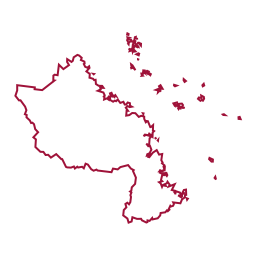 outline of Mackay, Queensland, Australia
{"feature_id": "25037944B90195923531970", "entity_name": "Mackay", "entity_type": "district", "adm_level": 2, "iso_a3": "AUS", "parent_name": "Australia", "parent_adm1": "Queensland", "projection": "mercator", "projection_center": [149.075, -21.082], "detail": "fine", "context": "isolated", "style": "outline", "palette": "rose", "viewbox_px": 256, "rotation_deg": 0, "n_neighbors": 0, "source": "geoboundaries", "source_scale": "gbopen_adm2", "svg_char_len": 5828}
<svg xmlns="http://www.w3.org/2000/svg" viewBox="0 0 256 256"><path d="M180.4,203.3L182.0,199.4L184.6,197.5L185.1,195.1L186.2,194.9L186.0,189.6L183.9,190.0L182.6,192.5L183.9,192.9L184.5,193.4L182.5,192.9L183.5,193.6L182.0,193.8L182.0,196.4L180.7,198.0L181.6,196.0L179.3,196.8L179.9,196.2L178.0,195.5L180.9,195.9L180.0,192.6L177.0,191.6L175.3,192.1L175.3,193.3L176.3,193.3L175.3,193.5L174.3,192.1L175.1,190.8L171.8,190.0L174.7,184.2L168.8,186.5L169.7,184.7L167.5,181.7L166.8,183.3L163.6,184.7L165.3,185.2L165.8,185.9L162.6,185.3L162.0,186.8L160.7,183.4L159.1,182.2L162.2,181.2L161.0,180.1L162.2,175.1L164.4,175.1L165.1,174.0L166.8,176.0L167.3,175.1L166.4,172.9L161.8,173.6L160.1,172.8L161.0,171.7L159.4,171.5L160.2,170.7L159.3,169.9L162.7,171.4L163.2,170.3L164.6,170.4L164.8,167.3L163.9,167.9L163.5,166.6L164.3,165.2L162.0,163.3L162.6,162.5L161.3,160.2L162.2,154.0L159.1,154.6L156.7,150.1L152.8,152.7L149.3,157.2L148.3,156.9L149.8,154.6L146.9,155.6L147.3,154.2L149.5,153.3L151.4,149.7L149.9,145.8L148.3,146.2L146.3,143.7L149.1,145.5L149.6,138.3L151.5,136.5L146.1,134.9L143.6,136.1L144.9,134.6L149.5,135.4L150.1,134.7L148.7,134.7L149.2,133.7L152.5,136.8L152.7,132.4L154.1,131.1L152.9,130.4L153.1,125.1L150.9,127.1L150.3,127.1L147.9,121.2L146.4,121.0L146.3,121.9L145.8,122.3L144.2,118.8L144.2,116.6L141.2,115.8L138.8,116.9L135.4,113.2L132.2,113.0L129.3,115.1L126.2,115.6L126.6,110.8L128.0,110.8L125.8,107.7L127.6,106.1L129.7,107.1L131.8,106.7L130.0,105.7L129.9,103.2L127.7,102.5L126.2,104.5L124.7,104.5L123.4,101.8L120.3,102.9L117.7,99.5L116.1,101.2L114.8,100.6L113.1,101.7L109.9,99.8L110.2,97.6L108.8,96.8L109.3,95.8L108.0,97.7L108.3,99.4L106.9,98.4L104.1,99.5L104.5,97.0L103.8,96.6L104.7,95.3L103.4,92.5L97.8,90.8L100.7,89.4L100.3,87.9L103.6,87.9L102.2,85.9L98.7,85.8L95.9,84.0L95.6,79.8L94.1,80.1L93.1,78.8L89.5,77.7L89.8,73.9L86.4,71.4L89.5,67.9L89.1,66.3L87.3,67.7L85.2,66.8L83.8,64.0L84.6,63.4L84.4,61.6L80.9,60.0L81.7,57.8L79.1,55.5L77.4,54.9L73.7,57.3L72.8,60.8L71.5,61.9L67.2,59.1L67.1,61.9L69.0,65.1L63.4,69.1L58.9,64.7L57.6,75.2L54.6,74.7L53.4,75.6L53.3,80.3L54.5,80.5L42.2,90.1L34.6,89.2L34.8,87.4L17.2,85.2L17.2,90.4L15.4,95.8L19.0,100.4L20.5,100.3L25.1,106.6L26.4,110.2L24.9,114.2L26.7,115.0L26.5,117.3L29.8,120.4L31.1,123.0L32.4,122.7L34.0,124.2L35.2,129.1L38.1,132.2L33.4,137.3L35.9,139.4L35.4,147.0L40.4,151.8L43.4,151.9L45.6,155.0L48.2,154.8L50.9,157.6L56.2,154.1L61.3,159.1L62.2,159.1L66.0,166.9L67.2,167.4L71.0,167.6L73.9,166.5L74.9,168.5L77.3,166.7L78.1,167.5L82.1,166.8L83.8,168.3L85.6,163.7L87.9,164.6L91.2,169.2L93.6,170.7L96.5,169.6L97.5,170.5L111.5,172.2L113.0,168.6L117.7,169.4L120.4,167.1L128.1,165.1L130.9,168.6L133.7,170.1L133.0,171.0L135.9,177.6L135.1,183.9L131.8,187.3L131.3,190.8L130.1,191.5L131.4,192.6L130.4,195.1L131.0,196.9L130.3,202.2L129.0,204.3L127.3,202.7L125.4,204.0L126.4,207.3L123.8,210.0L123.2,215.4L127.4,218.5L128.6,222.6L131.6,221.5L132.4,217.3L137.1,218.9L141.1,218.8L141.9,220.3L146.3,222.5L147.4,222.1L147.5,220.4L149.6,220.9L152.2,218.0L152.6,219.4L157.7,218.3L160.2,215.4L160.6,213.0L165.3,212.3L167.0,210.3L167.8,211.2L169.4,209.7L168.8,209.0L170.3,205.8L170.9,206.5L173.1,205.8L173.9,204.0L173.2,202.4L180.4,203.3ZM132.6,51.6L134.5,45.9L136.6,46.8L136.2,45.4L137.4,45.5L134.8,42.5L135.4,41.1L134.2,40.4L134.7,39.2L133.5,41.5L134.5,42.6L133.5,43.3L133.7,45.6L132.8,45.0L132.4,48.4L130.4,49.4L128.7,48.6L130.0,49.9L129.6,51.1L132.3,50.3L132.6,51.6ZM203.8,96.9L201.2,95.5L201.5,98.0L198.8,97.5L198.0,98.8L200.4,100.8L201.6,100.0L202.9,100.7L204.1,98.7L203.8,96.9ZM179.6,107.0L178.1,108.2L178.6,109.1L179.4,107.9L180.6,108.5L181.2,106.9L181.9,107.4L183.0,105.1L181.9,103.6L178.3,103.9L179.6,107.0ZM127.1,40.1L128.4,42.7L130.8,41.3L132.3,41.7L130.8,39.4L129.1,39.6L128.3,38.5L127.1,40.1ZM174.6,105.5L175.2,104.8L175.9,106.1L176.5,105.3L178.1,106.3L177.0,102.4L173.4,103.4L174.6,105.5ZM159.0,86.2L160.3,88.8L162.6,88.8L160.5,85.2L159.0,86.2ZM211.5,161.6L212.8,161.6L212.9,159.5L209.5,157.9L209.1,159.1L211.5,161.6ZM110.8,96.2L113.1,96.5L111.5,92.8L110.0,93.4L110.8,96.2ZM160.9,91.6L159.1,88.6L155.9,89.9L158.3,90.5L158.0,92.3L159.8,90.5L160.9,91.6ZM142.9,73.5L141.4,73.5L141.7,74.7L144.2,73.1L144.0,71.9L145.3,73.2L144.8,70.5L143.3,70.4L142.9,73.5ZM135.4,70.1L132.5,65.4L131.1,64.3L131.3,65.8L135.4,70.1ZM147.8,73.7L148.8,71.6L147.1,70.8L146.1,71.6L147.8,73.7ZM238.6,118.9L240.6,119.1L239.7,116.9L238.5,117.2L238.6,118.9ZM136.4,54.3L138.7,55.3L139.1,53.9L139.9,54.1L138.4,53.3L136.4,54.3ZM176.7,85.6L174.1,84.8L174.0,85.5L175.0,86.3L176.7,85.6ZM184.6,81.9L185.9,81.0L183.7,79.1L183.6,80.2L184.6,81.9ZM202.8,86.3L204.2,85.5L203.7,83.8L202.4,85.2L202.8,86.3ZM214.6,177.9L216.0,179.5L215.3,176.8L214.6,177.9ZM128.4,34.9L128.6,34.0L127.4,33.4L127.1,34.6L128.4,34.9ZM141.0,43.7L139.8,43.2L139.4,43.9L140.9,45.6L141.0,43.7ZM149.8,73.5L149.3,74.3L150.3,75.2L150.8,74.1L149.8,73.5ZM186.7,198.3L187.1,199.7L187.8,198.7L186.7,198.3ZM134.6,38.9L135.7,37.9L135.8,36.9L134.9,37.2L134.6,38.9ZM225.1,115.1L223.9,114.2L222.8,114.5L223.3,115.0L225.1,115.1ZM131.3,68.3L131.9,68.1L130.9,66.9L131.3,68.3ZM113.5,96.6L114.7,96.3L113.5,95.6L113.5,96.6ZM114.8,95.6L116.0,96.2L115.3,95.1L114.8,95.6ZM134.3,51.6L135.5,51.4L134.3,50.1L134.1,50.2L134.3,51.6ZM184.1,106.7L183.7,107.9L183.8,107.9L184.1,106.7ZM127.5,38.0L128.7,37.6L127.4,37.3L127.5,38.0ZM138.0,60.3L138.3,59.4L138.0,59.3L138.0,60.3ZM128.2,43.8L128.6,44.3L128.7,43.5L128.2,43.8ZM142.9,113.3L143.3,114.1L143.5,113.4L142.9,113.3ZM137.3,42.9L137.9,43.1L138.0,42.8L137.3,42.9ZM158.0,140.7L158.1,139.9L157.7,140.4L158.0,140.7ZM154.7,138.7L155.7,138.3L155.6,138.1L154.7,138.7ZM141.8,75.8L142.7,75.7L142.2,75.2L141.8,75.8ZM114.6,97.4L115.0,97.2L114.3,97.3L114.6,97.4ZM93.7,74.3L94.0,74.0L93.3,73.9L93.7,74.3ZM138.1,46.9L138.4,47.0L138.1,46.2L138.1,46.9ZM137.0,38.8L137.2,39.6L137.1,38.8L137.0,38.8Z" fill="none" stroke="#9f1239" stroke-width="2"/></svg>